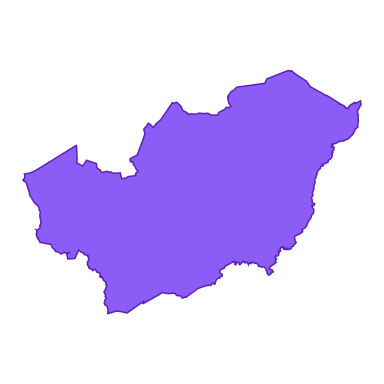 Bērziņu pag., Dagdas, Latvia (orthographic projection)
{"feature_id": "27541924B7947560085495", "entity_name": "Bērziņu pag.", "entity_type": "district", "adm_level": 2, "iso_a3": "LVA", "parent_name": "Latvia", "parent_adm1": "Dagdas", "projection": "orthographic", "projection_center": [27.878, 56.083], "detail": "fine", "context": "isolated", "style": "filled", "palette": "violet", "viewbox_px": 384, "rotation_deg": 0, "n_neighbors": 0, "source": "geoboundaries", "source_scale": "gbopen_adm2", "svg_char_len": 6012}
<svg xmlns="http://www.w3.org/2000/svg" viewBox="0 0 384 384"><path d="M172.4,102.6L161.0,119.5L156.6,123.3L153.3,127.5L150.1,124.3L148.4,123.2L147.1,125.2L143.7,129.3L145.0,133.6L143.4,138.5L137.4,154.5L137.7,154.9L132.7,157.3L130.1,158.8L130.0,159.2L130.2,161.4L131.3,162.1L132.1,161.6L132.8,161.9L133.5,164.7L134.8,166.1L136.3,169.4L137.7,170.6L137.5,172.0L136.5,172.3L135.5,173.7L135.9,175.6L128.1,176.6L126.0,178.1L121.5,178.5L120.3,172.9L113.0,173.3L110.5,171.8L108.6,172.1L107.2,171.3L102.5,172.4L101.1,172.0L100.1,169.9L97.6,168.6L96.8,167.1L96.4,163.6L86.5,160.3L82.8,166.0L77.0,163.0L77.0,156.2L76.5,145.7L76.3,145.4L34.8,171.0L30.0,173.0L24.4,174.0L24.8,175.5L24.4,178.7L23.0,179.7L23.6,180.8L24.0,181.2L26.2,182.2L27.5,187.1L29.6,192.9L29.5,194.3L29.7,195.1L34.1,202.2L36.2,204.5L38.0,205.8L39.0,207.8L39.4,210.4L40.4,211.9L39.8,215.3L40.4,219.5L41.0,221.2L40.7,223.9L40.5,224.8L40.0,225.0L39.7,226.1L40.0,226.3L39.9,228.0L37.2,230.1L36.5,229.9L36.9,230.3L36.8,231.9L36.2,234.9L37.0,236.0L37.1,237.6L38.0,238.2L38.0,239.0L38.9,239.6L39.3,241.0L39.8,241.5L39.9,242.3L51.2,244.5L52.2,247.5L55.0,250.2L55.6,251.6L57.6,251.8L61.1,253.9L61.6,254.0L63.9,252.2L66.0,253.2L68.7,252.7L66.9,254.3L67.8,259.0L74.9,258.5L78.7,250.1L81.7,252.4L83.6,253.0L84.0,254.1L84.7,254.8L85.6,254.6L86.6,255.3L87.8,255.3L88.3,255.9L87.9,256.0L87.8,256.5L88.4,257.3L88.8,258.6L88.5,259.0L88.6,259.7L88.6,260.5L87.2,262.2L87.7,263.1L87.4,264.0L87.6,265.4L88.5,266.1L89.0,267.0L88.7,267.7L89.1,267.9L89.5,268.5L90.7,268.6L91.2,269.4L92.3,269.5L93.0,270.7L93.8,269.9L95.1,269.2L95.9,270.1L96.5,272.0L97.6,272.0L98.0,272.6L99.2,272.6L100.2,274.2L99.8,276.7L100.2,276.9L100.4,276.5L100.7,276.3L101.2,277.4L102.1,276.9L102.4,277.3L102.3,278.1L103.2,278.8L103.1,279.8L103.2,280.0L104.5,281.1L105.5,281.5L106.1,284.8L106.8,286.1L105.9,287.8L104.8,290.8L104.1,291.3L104.0,292.0L104.9,293.6L105.5,295.5L105.1,296.5L106.5,298.0L105.1,299.4L104.9,301.2L104.2,302.7L104.9,304.8L107.4,306.5L107.4,307.3L108.1,309.8L107.7,313.6L110.8,312.9L116.1,311.1L120.3,311.5L127.0,313.0L143.4,301.4L142.9,303.3L143.1,303.6L159.1,294.7L162.1,292.6L168.1,293.6L174.3,293.2L175.5,294.1L176.7,295.5L179.0,295.8L180.1,295.6L180.7,295.9L181.6,297.6L182.6,298.1L184.1,297.1L185.7,297.5L197.7,288.6L206.0,285.7L209.0,285.3L211.1,285.4L211.7,284.1L212.7,283.1L213.2,283.1L213.7,283.9L214.6,284.2L215.3,283.5L215.6,281.5L216.4,279.7L217.7,278.5L219.7,278.2L220.2,277.1L222.2,276.0L222.2,274.4L219.9,272.8L220.1,270.1L222.8,268.6L223.9,268.6L224.4,267.2L225.4,266.1L232.3,262.3L233.3,261.3L233.8,262.0L235.6,261.7L234.7,264.1L235.6,264.8L236.0,264.6L236.2,263.6L236.7,262.8L238.7,262.3L239.0,262.6L239.2,264.5L240.1,264.6L241.9,262.6L242.8,262.2L242.6,261.6L242.8,261.4L244.3,261.8L245.0,262.9L245.9,262.7L246.2,262.0L246.6,262.0L247.3,262.7L248.2,264.2L248.2,263.6L248.9,263.1L249.6,263.7L251.1,263.5L251.0,263.2L250.4,262.8L250.7,262.4L251.9,262.7L253.5,262.3L254.6,263.4L256.0,263.2L257.2,263.7L258.8,266.4L259.6,266.2L261.7,267.1L263.8,266.9L266.0,268.4L266.1,268.8L266.0,269.9L266.8,271.6L267.2,273.0L267.1,273.5L268.7,275.1L269.6,274.9L270.3,274.1L271.0,273.8L271.1,273.1L271.5,272.6L272.9,272.4L273.2,271.7L272.2,271.0L272.5,270.4L272.3,270.0L271.1,269.3L269.4,269.2L269.4,267.4L272.7,264.9L273.7,264.6L274.7,263.3L275.5,263.0L276.1,262.3L275.9,261.9L275.4,261.8L275.3,261.4L276.5,258.6L275.9,258.3L275.1,257.1L275.7,255.8L277.2,256.1L278.6,255.2L278.8,254.7L278.5,253.5L279.2,252.7L278.4,252.1L278.2,251.1L280.6,251.1L280.6,250.5L280.1,249.1L280.4,247.4L280.9,247.3L282.1,247.8L282.4,247.5L282.3,247.0L282.4,246.8L283.5,246.7L283.7,247.0L283.4,248.0L283.7,248.5L283.6,249.2L283.9,249.4L285.6,248.8L285.8,249.0L285.6,249.4L286.0,249.7L286.4,249.5L286.2,248.3L286.5,247.9L287.2,249.0L287.7,249.0L287.6,249.4L288.0,249.6L288.9,249.5L289.9,248.6L290.4,249.0L290.9,248.9L291.2,248.3L290.9,247.6L291.0,247.1L291.5,246.7L292.4,246.8L293.3,246.3L293.9,245.0L294.8,244.3L296.1,242.7L296.1,242.1L295.4,241.8L295.1,241.3L295.1,240.2L294.6,238.0L294.8,236.1L300.4,233.6L302.7,231.7L302.7,231.2L301.8,231.0L301.6,230.7L302.4,229.5L304.9,227.9L306.6,226.0L307.2,224.1L308.9,220.5L310.9,218.0L311.5,215.3L313.4,213.4L313.5,212.9L313.5,211.7L313.8,210.8L313.6,209.1L312.1,206.9L311.7,205.7L311.9,205.4L312.9,205.9L313.6,205.6L314.4,204.8L314.6,203.7L314.3,203.3L312.9,203.4L312.3,202.4L311.9,201.2L312.2,200.7L312.2,199.9L311.6,198.8L311.5,198.1L312.8,195.4L312.9,194.4L312.5,193.3L312.4,192.5L312.9,191.6L314.0,188.4L313.8,185.4L314.5,184.5L314.9,183.4L315.1,181.2L314.5,179.9L314.9,178.9L315.8,177.9L316.4,175.5L316.9,174.8L316.9,173.5L317.9,170.9L319.2,169.2L320.2,168.7L320.5,168.0L320.5,166.9L321.0,166.2L321.6,165.9L322.6,166.2L323.1,165.8L323.1,165.3L322.3,164.5L322.4,164.0L324.5,164.0L326.3,162.8L327.9,162.2L328.3,161.8L328.3,160.6L328.6,160.2L331.2,158.4L332.1,156.2L332.0,155.4L332.4,154.6L331.8,153.2L332.8,152.6L332.2,151.6L333.8,150.4L333.7,148.7L334.1,147.6L333.5,146.9L332.0,147.2L331.3,146.7L331.3,146.3L332.0,146.1L332.2,145.5L333.0,145.1L332.9,144.7L332.2,145.0L331.9,144.2L335.7,143.4L339.9,141.2L343.2,141.0L348.1,138.9L352.5,134.6L354.1,132.1L355.3,129.2L357.9,127.0L357.8,123.8L358.4,121.5L358.0,117.0L358.2,115.7L357.4,111.3L361.0,104.5L360.5,100.9L355.5,103.5L354.9,102.3L350.3,105.0L348.5,107.1L347.7,108.7L345.7,107.5L344.9,107.6L344.4,106.0L343.0,105.2L339.7,104.3L340.2,103.8L327.2,95.7L324.7,94.9L321.0,92.5L319.7,92.1L310.5,86.7L309.6,85.8L306.4,81.1L296.6,74.9L291.1,70.5L289.8,71.4L288.4,70.4L267.0,78.8L264.8,83.3L236.7,87.2L233.4,90.4L231.3,91.4L227.9,96.2L228.3,96.4L227.7,97.4L227.7,97.9L228.8,103.2L231.0,106.3L230.4,106.3L228.9,107.8L226.4,107.2L224.6,109.5L219.0,112.3L218.2,114.2L215.8,115.5L215.2,115.0L211.8,115.2L210.6,114.8L208.8,113.6L206.0,113.1L204.7,113.7L199.1,113.1L195.6,114.3L190.7,113.8L188.2,114.5L188.0,114.2L188.0,113.6L186.6,112.5L184.7,111.3L183.7,111.6L181.8,108.7L181.8,107.5L179.4,104.6L178.0,103.7L176.9,102.3L175.2,102.5L174.0,103.8L172.4,102.6Z" fill="#8b5cf6" stroke="#5b21b6" stroke-width="1.5"/></svg>